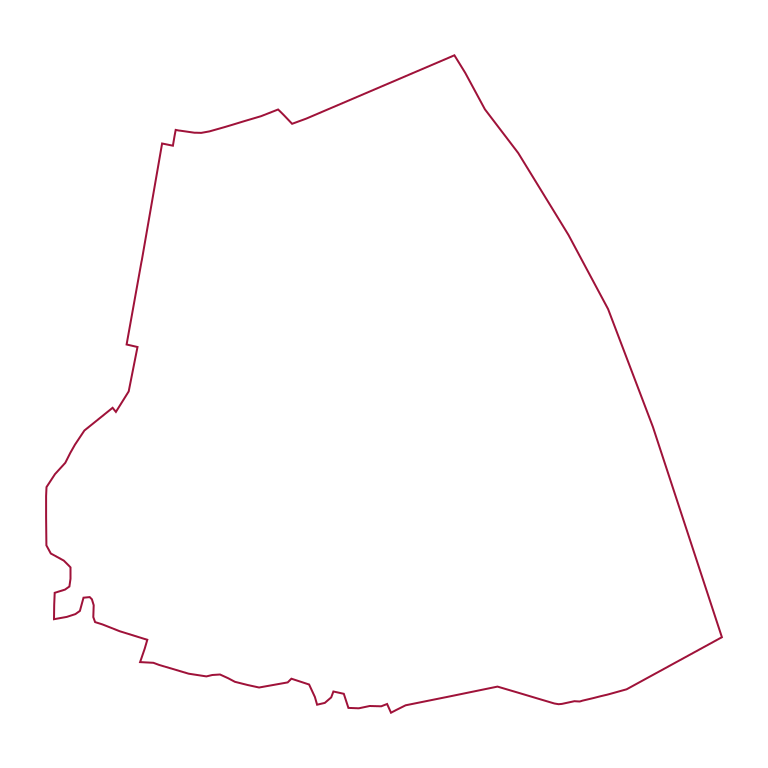 Hoan Kiem, Ha Noi, Vietnam
{"feature_id": "81297802B21956500009646", "entity_name": "Hoan Kiem", "entity_type": "district", "adm_level": 2, "iso_a3": "VNM", "parent_name": "Vietnam", "parent_adm1": "Ha Noi", "projection": "mercator", "projection_center": [105.85, 21.03], "detail": "fine", "context": "isolated", "style": "outline", "palette": "rose", "viewbox_px": 768, "rotation_deg": 0, "n_neighbors": 0, "source": "geoboundaries", "source_scale": "gbopen_adm2", "svg_char_len": 1596}
<svg xmlns="http://www.w3.org/2000/svg" viewBox="0 0 768 768"><path d="M75.0,444.6L70.4,452.7L65.3,462.8L55.0,474.1L46.5,487.1L46.1,496.1L46.1,517.3L46.4,545.4L50.8,553.5L63.8,560.6L69.1,565.9L70.5,567.4L70.5,578.8L69.4,586.5L65.0,589.6L54.7,592.8L54.2,604.9L54.0,619.2L66.8,616.9L75.4,614.1L79.9,610.9L83.5,597.7L89.7,597.1L91.9,599.3L93.7,605.2L93.3,617.1L95.1,622.1L102.4,624.4L105.7,625.7L108.5,626.8L119.6,631.2L147.3,639.8L144.7,648.7L140.1,662.1L153.4,662.8L159.3,665.0L188.7,673.7L206.4,676.4L212.3,675.0L220.0,674.5L228.1,678.2L234.9,681.8L247.6,685.0L258.6,687.4L259.1,687.5L287.7,682.4L291.4,678.7L309.1,684.5L314.9,697.0L317.1,704.7L324.8,702.9L331.2,697.4L333.4,691.5L343.8,693.8L348.4,707.9L358.8,708.3L369.7,706.0L381.2,706.3L387.1,704.0L391.0,712.7L394.9,710.7L395.6,710.3L405.6,705.3L429.9,700.4L445.3,697.3L445.9,697.2L447.8,696.8L497.5,686.6L517.5,692.5L530.9,696.5L536.9,698.3L554.4,703.5L558.6,704.2L561.9,703.9L574.4,701.2L579.6,701.5L580.8,701.2L582.3,700.7L584.4,700.2L593.3,698.1L600.7,696.2L602.4,695.8L604.5,695.3L606.7,694.8L609.0,694.2L626.6,689.3L721.9,637.2L652.9,426.9L608.1,309.1L598.1,290.4L568.5,235.0L518.2,153.0L484.9,109.3L465.2,72.8L454.4,55.3L306.3,118.6L292.1,123.8L284.0,115.3L280.5,111.8L278.1,109.5L261.0,116.2L244.1,121.2L232.3,124.8L224.6,127.1L219.3,128.6L209.4,131.4L201.1,132.9L199.2,132.8L194.3,132.7L179.8,130.6L179.2,130.6L175.7,129.9L174.6,135.7L172.9,145.7L162.1,143.5L142.0,259.2L141.8,260.3L141.4,262.2L126.6,344.5L137.5,347.0L128.7,391.4L115.9,411.9L112.6,407.8L84.4,430.5L75.0,444.6Z" fill="none" stroke="#9f1239" stroke-width="2"/></svg>